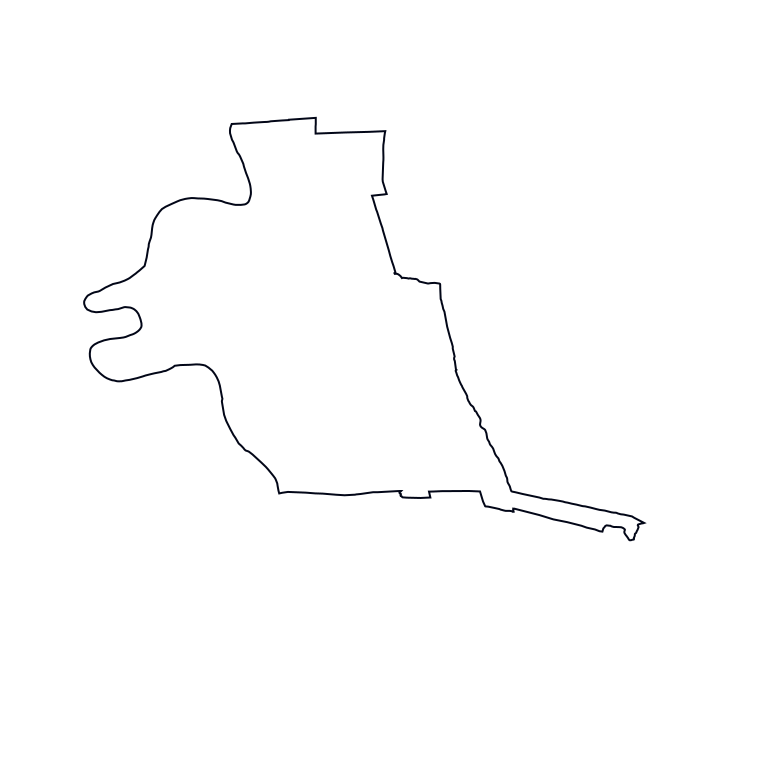 Mitoc, Botosani, Romania (Equal Earth projection), rotated 223°
{"feature_id": "2599482B74445909535632", "entity_name": "Mitoc", "entity_type": "district", "adm_level": 2, "iso_a3": "ROU", "parent_name": "Romania", "parent_adm1": "Botosani", "projection": "equal_earth", "projection_center": [26.969, 48.099], "detail": "fine", "context": "isolated", "style": "outline", "palette": "ink", "viewbox_px": 768, "rotation_deg": 223, "n_neighbors": 0, "source": "geoboundaries", "source_scale": "gbopen_adm2", "svg_char_len": 6137}
<svg xmlns="http://www.w3.org/2000/svg" viewBox="0 0 768 768"><g transform="rotate(223 384 384)"><path d="M555.5,569.8L567.1,558.0L583.9,541.5L604.8,520.5L609.6,525.6L611.1,527.5L615.4,532.1L633.8,512.4L633.6,512.1L638.1,507.4L645.9,499.0L647.1,497.3L648.3,495.9L650.5,493.7L657.7,486.1L663.1,480.1L665.0,478.3L672.7,470.3L671.0,466.3L669.5,464.3L667.6,462.4L666.4,461.7L661.8,459.0L658.8,458.0L650.2,453.7L648.3,453.1L646.7,453.0L644.5,452.3L637.1,449.1L634.7,447.5L628.9,444.3L623.7,441.8L618.6,438.9L616.9,437.7L614.9,436.1L612.2,433.6L610.8,432.0L609.6,430.0L607.7,426.1L607.3,424.4L607.4,423.0L607.7,421.7L608.3,420.4L610.9,417.3L614.7,413.8L616.5,412.6L623.6,408.6L627.5,407.0L631.0,404.9L639.1,399.1L642.1,396.8L647.0,392.5L649.6,390.5L651.8,388.5L653.9,386.0L655.6,383.8L658.4,379.4L659.6,376.8L662.1,370.9L664.6,364.7L665.7,360.5L665.6,356.9L665.0,352.8L664.4,349.6L663.8,347.2L662.6,344.5L661.6,342.5L659.8,339.8L655.8,334.5L654.3,332.2L652.6,328.3L651.4,325.9L649.7,323.8L648.5,321.6L643.8,314.6L639.6,307.1L640.3,299.9L640.7,297.4L640.9,295.5L641.4,293.0L642.3,288.0L642.9,286.1L644.2,282.7L646.5,278.1L648.0,275.8L650.4,272.3L653.5,264.6L655.4,258.1L656.0,256.8L658.4,253.4L659.6,250.8L660.9,246.8L660.9,245.4L660.5,242.7L659.7,240.1L658.7,238.9L657.7,238.0L655.0,236.6L651.8,236.1L647.4,237.6L643.7,240.0L642.6,241.1L639.8,244.2L634.8,251.1L633.0,253.1L631.3,255.4L629.5,257.5L626.4,263.0L625.7,263.8L623.6,265.4L621.9,266.7L620.8,267.3L618.5,268.1L617.3,268.3L614.8,268.4L612.5,268.0L611.3,267.7L608.1,266.2L606.0,265.1L602.8,263.0L601.0,261.2L600.3,260.0L600.0,258.6L599.8,257.2L599.9,255.1L600.3,252.9L600.9,250.8L601.7,248.9L602.9,246.8L605.0,242.3L606.3,240.3L608.4,237.7L615.0,230.1L618.5,225.0L621.3,219.5L622.7,215.5L623.0,213.3L623.0,211.5L622.8,210.1L622.4,209.1L620.8,206.8L619.9,205.6L617.9,203.6L615.5,201.8L612.9,200.3L609.8,199.3L606.9,198.7L599.7,198.2L596.8,198.3L593.4,198.6L590.4,199.3L587.5,200.4L585.3,201.4L583.8,202.5L581.2,203.9L580.0,204.9L577.9,206.9L577.0,208.1L575.4,210.4L572.9,213.5L568.6,219.9L565.6,225.0L564.2,227.6L561.3,232.1L559.3,235.1L555.1,240.9L554.0,242.9L552.6,244.7L551.1,248.4L550.4,250.4L549.8,252.4L549.5,254.6L545.8,259.0L539.0,265.7L534.8,270.2L532.3,272.4L529.3,274.5L527.3,275.6L523.6,276.3L518.7,276.6L516.2,276.2L513.8,275.7L510.8,274.8L506.7,273.1L503.0,270.9L493.8,264.1L492.1,263.0L490.9,260.9L489.7,259.9L479.9,252.4L474.4,249.5L472.9,248.9L465.4,246.1L459.2,244.0L456.0,243.3L449.7,241.4L446.4,241.5L443.1,241.3L441.5,241.0L439.9,241.0L437.0,242.3L435.4,242.5L432.0,242.8L420.4,242.9L413.8,242.8L410.6,242.5L402.6,241.4L399.3,240.8L397.8,240.2L394.3,238.5L392.3,236.9L388.4,234.0L386.0,232.5L384.2,235.1L380.7,239.5L367.1,251.2L359.7,257.1L354.1,262.0L343.2,270.6L336.9,275.8L329.6,283.4L329.1,284.2L326.1,287.6L318.2,297.4L314.4,301.0L300.3,315.7L298.5,317.4L298.5,316.6L298.8,315.6L298.8,315.3L298.5,315.0L298.0,314.8L297.4,314.8L296.5,315.0L296.2,314.5L296.1,314.0L295.8,313.7L295.3,313.5L294.4,313.9L293.7,313.7L293.1,313.8L289.6,316.6L279.5,325.6L272.7,332.6L277.7,336.0L275.2,338.4L268.8,344.9L249.0,363.6L240.5,370.9L231.4,365.6L226.6,363.6L226.3,363.7L224.1,365.4L218.3,368.9L214.2,371.3L213.2,371.6L209.8,373.4L208.5,374.2L206.3,376.2L205.6,376.9L205.1,377.2L204.5,377.7L203.3,378.3L202.6,378.4L202.1,379.0L203.3,379.8L204.1,380.4L204.5,381.0L203.5,381.6L203.5,381.8L181.0,394.1L167.8,400.5L155.8,407.9L142.9,415.0L137.8,417.2L130.5,421.5L126.0,423.3L124.3,424.5L123.6,425.0L125.1,428.0L125.1,429.5L125.3,431.2L124.7,432.5L122.2,434.3L121.8,434.7L120.4,435.1L118.5,436.1L115.6,438.7L113.0,440.9L111.9,441.4L110.6,441.8L108.9,441.9L108.4,441.7L107.5,439.9L106.9,439.3L106.1,438.9L103.6,438.3L103.1,438.3L100.2,437.7L98.7,437.2L97.6,437.4L96.7,438.4L95.7,440.3L95.3,440.5L95.3,440.8L95.5,441.2L96.3,441.9L97.0,443.9L98.2,445.4L98.3,445.8L98.1,446.6L98.1,447.2L98.7,448.6L99.1,450.3L100.2,452.9L100.5,453.1L102.0,453.7L102.3,454.2L102.3,454.6L100.7,457.4L99.5,458.9L99.0,459.8L109.7,456.8L112.3,456.3L119.6,452.0L122.0,450.2L124.9,448.7L126.0,448.4L127.0,447.7L128.1,446.7L130.1,445.3L136.2,442.0L140.6,438.9L143.6,437.2L148.8,434.4L153.4,431.7L155.5,430.1L160.9,427.1L165.1,424.5L168.7,422.5L171.0,421.0L172.9,420.1L176.1,418.1L182.9,413.6L184.8,412.0L187.5,410.2L189.2,408.7L192.8,407.0L207.8,398.0L214.0,394.5L216.9,392.7L217.6,392.5L217.8,392.5L219.3,393.2L222.1,394.9L223.7,395.5L225.5,396.0L226.7,396.5L227.3,396.9L228.7,398.2L229.7,399.0L230.5,399.4L232.3,400.0L236.5,402.5L241.5,404.8L244.7,405.8L246.8,406.2L249.6,407.6L252.6,407.9L254.8,408.5L256.5,409.3L260.1,411.2L262.2,411.7L264.8,412.0L265.9,412.4L267.7,413.4L270.4,414.1L271.2,414.5L271.8,414.9L275.5,417.8L278.5,419.3L278.9,419.4L279.7,419.4L282.8,418.8L284.4,418.9L285.9,419.6L286.9,420.9L288.0,422.6L288.7,423.4L289.5,424.0L290.8,424.6L294.3,425.4L297.5,426.5L298.2,426.6L299.0,426.3L299.3,426.4L301.8,427.6L302.9,428.0L303.7,428.1L306.1,427.9L308.0,428.3L309.4,428.9L310.5,429.1L311.9,429.7L313.6,430.6L314.6,431.6L315.0,431.9L317.2,432.8L323.2,434.7L324.7,435.2L325.6,435.7L327.1,436.1L329.4,437.0L331.7,438.0L334.5,439.5L336.2,440.1L338.8,441.6L340.4,442.4L340.7,442.7L340.8,443.2L340.7,443.7L341.2,443.7L341.4,443.8L347.9,449.1L349.2,449.7L349.7,450.0L350.5,450.9L351.1,452.3L357.6,456.6L358.3,457.2L359.0,458.1L359.6,458.5L362.5,460.3L367.0,462.8L376.9,469.0L389.1,478.1L391.9,479.3L394.6,481.2L397.1,482.7L398.8,484.0L400.5,484.8L408.0,492.2L410.7,495.0L411.3,495.4L411.9,495.3L415.8,492.6L416.4,492.0L418.6,489.7L420.3,487.5L427.9,483.1L430.5,483.2L431.1,483.1L432.6,482.4L433.0,481.9L434.5,480.8L435.3,480.1L437.0,479.1L437.4,478.7L437.8,478.0L439.5,477.0L442.2,474.9L442.8,474.4L443.1,473.7L445.5,474.2L448.1,474.0L449.0,473.7L449.7,473.4L450.5,472.7L451.2,471.9L451.8,472.1L452.0,472.2L451.8,473.0L451.6,473.3L457.5,476.8L461.1,478.7L466.5,481.8L471.6,485.0L489.7,495.7L491.4,496.9L495.8,499.2L506.6,505.3L508.6,506.2L517.0,511.2L521.2,513.5L516.7,518.7L513.1,522.8L511.6,524.8L513.7,525.9L522.8,531.1L524.6,532.7L535.5,545.3L537.1,547.3L539.0,549.4L544.7,555.2L547.5,558.4L550.4,562.6L551.5,563.8L554.3,567.8L555.5,569.8Z" fill="none" stroke="#020617" stroke-width="2"/></g></svg>